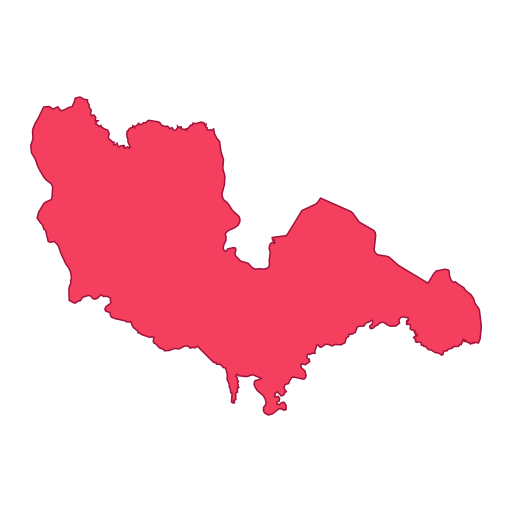 outline of Nong Muang Khai, Phrae, Thailand
{"feature_id": "78962969B85613240213831", "entity_name": "Nong Muang Khai", "entity_type": "district", "adm_level": 2, "iso_a3": "THA", "parent_name": "Thailand", "parent_adm1": "Phrae", "projection": "robinson", "projection_center": [100.171, 18.294], "detail": "fine", "context": "isolated", "style": "filled", "palette": "rose", "viewbox_px": 512, "rotation_deg": 0, "n_neighbors": 0, "source": "geoboundaries", "source_scale": "gbopen_adm2", "svg_char_len": 6051}
<svg xmlns="http://www.w3.org/2000/svg" viewBox="0 0 512 512"><path d="M69.2,300.4L74.1,303.0L75.6,303.0L78.2,301.0L80.4,300.7L82.6,297.3L88.3,295.5L90.7,295.9L92.7,298.5L95.2,299.2L97.6,298.2L100.8,294.8L103.6,296.5L107.0,296.3L110.5,298.0L110.3,300.5L110.9,302.0L110.2,303.7L106.2,306.4L105.1,308.3L105.0,309.6L105.8,311.1L110.1,312.7L110.4,315.4L111.4,317.1L115.0,318.6L125.1,320.8L126.4,321.8L131.4,322.2L131.7,324.5L133.7,327.9L137.3,330.5L138.2,333.0L139.2,332.8L141.7,334.6L149.0,337.1L154.0,337.1L153.2,341.0L153.7,342.9L155.2,343.4L159.5,347.9L163.9,349.6L164.5,350.8L169.0,350.5L174.9,348.5L178.9,349.0L184.7,346.0L188.1,346.1L190.3,348.2L192.1,347.4L195.0,347.9L197.4,346.2L213.5,362.3L216.0,362.7L216.3,364.1L219.8,364.3L222.5,366.3L223.0,367.5L225.7,368.1L227.3,374.6L227.1,379.6L229.4,384.5L229.2,386.8L230.3,389.1L230.6,392.6L231.7,393.0L232.0,394.0L231.5,402.0L233.3,403.1L234.0,403.2L234.5,402.3L233.7,401.0L235.8,399.4L235.7,393.1L237.6,391.9L237.1,388.8L238.8,387.4L237.9,386.5L238.2,385.0L237.5,382.9L238.5,381.4L237.1,379.4L237.2,377.5L235.8,376.4L236.4,375.8L236.3,374.6L237.5,374.2L238.7,375.8L247.0,376.6L252.7,374.7L261.3,378.4L259.4,379.5L255.2,380.6L254.3,382.1L254.1,384.5L255.2,387.3L257.4,390.7L263.2,395.5L265.3,399.3L266.1,402.9L265.4,405.2L263.6,407.3L263.4,410.5L264.5,412.9L268.3,415.0L272.3,414.0L278.9,408.8L281.9,409.0L283.9,410.2L286.1,409.6L286.1,405.6L285.1,403.5L283.8,402.2L281.9,402.4L279.3,404.6L277.1,404.1L277.0,402.0L279.1,401.2L279.6,398.1L278.0,396.3L275.3,397.2L274.7,396.0L275.2,395.1L274.7,393.7L277.6,391.8L281.2,395.9L283.2,395.3L284.5,393.8L284.9,392.2L286.3,391.7L284.0,388.1L284.7,385.4L285.4,384.5L288.6,383.5L289.4,381.1L291.9,377.3L294.5,377.2L303.0,379.1L304.4,378.9L305.3,378.0L306.1,375.6L304.9,370.9L301.2,367.5L300.9,364.2L302.0,363.9L305.3,364.7L309.6,361.8L309.3,359.2L307.4,358.3L306.9,356.8L307.4,354.4L308.4,354.0L309.5,354.6L312.3,353.2L315.0,353.4L314.9,350.9L316.8,345.2L318.0,345.0L319.9,347.1L321.1,347.3L325.7,344.2L328.5,344.4L331.8,346.0L335.2,344.5L341.0,344.8L345.0,342.7L346.3,337.9L348.6,336.5L349.0,334.4L352.7,333.9L355.3,332.4L357.3,327.0L359.7,326.1L363.7,326.2L366.1,322.9L370.3,321.5L371.1,320.3L372.1,320.5L372.9,321.6L372.1,323.9L369.7,326.2L369.9,327.7L370.9,328.7L373.3,328.1L374.9,326.3L377.4,325.1L380.4,322.5L384.0,322.4L386.7,324.5L390.2,326.2L395.8,326.0L399.5,323.1L398.9,319.6L400.8,317.5L402.8,316.7L405.6,317.5L407.7,317.4L408.6,319.7L408.4,320.4L407.6,320.2L407.3,321.2L406.6,321.1L406.6,324.4L407.1,324.6L407.7,323.9L410.5,324.9L410.1,328.9L411.4,329.8L413.5,330.1L414.1,331.3L415.3,331.3L414.6,332.7L416.1,335.4L416.9,334.6L416.9,335.9L415.5,336.0L413.6,337.4L414.5,338.6L415.9,339.2L415.3,340.8L416.2,342.3L420.1,341.8L421.0,342.6L421.4,345.3L423.0,345.2L423.7,346.3L425.5,346.5L428.4,349.6L431.3,350.1L435.6,352.8L437.4,352.7L439.6,353.6L441.7,355.2L443.0,354.4L443.8,350.9L446.8,351.0L448.6,349.0L452.1,348.3L452.9,347.1L454.2,346.6L458.5,346.4L460.2,344.3L461.2,344.6L463.4,339.2L464.0,339.7L464.3,341.6L465.0,341.6L465.7,340.5L467.4,342.4L469.8,343.1L470.5,344.0L471.1,343.3L472.1,343.6L472.5,342.7L474.1,343.2L474.8,342.3L478.5,343.0L480.1,338.9L481.2,328.6L481.3,325.7L479.4,310.2L478.7,308.5L474.9,303.3L473.7,298.9L471.1,294.8L465.5,290.5L463.9,287.8L457.8,283.9L455.5,281.8L453.3,282.2L451.3,280.5L449.5,276.0L449.2,271.0L448.3,270.0L445.1,269.2L436.1,271.0L433.3,274.4L428.0,283.2L398.2,265.2L389.2,257.2L387.0,256.3L377.4,254.7L375.2,252.7L374.1,250.0L375.7,235.2L375.2,232.6L374.0,230.6L359.1,222.0L352.7,213.0L350.8,211.5L320.5,198.1L317.8,202.2L315.3,204.3L302.0,210.5L287.1,234.8L285.9,235.7L272.2,237.5L272.5,240.1L273.1,240.8L274.2,240.2L273.8,241.6L275.0,242.6L274.4,243.4L272.9,242.6L271.9,242.7L270.5,243.6L269.5,245.8L269.1,248.6L270.2,252.0L269.2,260.6L269.5,265.3L268.0,267.9L263.5,269.2L260.0,268.7L255.2,269.1L252.0,267.5L248.1,263.2L240.7,261.1L235.3,255.5L235.1,253.4L235.9,249.4L235.2,247.9L233.3,247.7L227.9,248.8L225.8,251.4L224.0,250.2L223.2,248.5L223.7,245.1L226.0,240.3L226.0,236.5L225.2,234.8L225.9,232.8L228.6,230.4L234.0,228.1L238.2,225.2L239.9,221.6L239.9,219.1L239.1,216.6L232.4,210.4L229.2,205.2L226.8,202.2L223.7,199.8L222.8,198.2L221.9,194.4L224.5,184.2L224.9,176.2L222.8,168.4L223.5,159.6L221.1,152.1L219.5,141.3L216.9,138.5L214.6,133.9L213.6,128.9L211.7,130.3L210.4,129.8L207.7,130.1L207.0,129.5L207.1,127.7L206.3,127.5L205.8,126.4L206.0,124.1L204.5,125.0L204.2,123.1L201.3,122.0L195.9,123.6L193.0,123.1L192.5,124.9L190.7,125.1L188.0,128.4L186.2,128.8L186.4,130.3L184.3,129.2L182.7,129.3L181.3,128.3L181.4,127.1L180.1,126.8L179.3,127.9L177.6,126.1L177.7,127.3L176.1,129.9L174.9,130.3L173.3,129.6L172.0,127.6L169.7,128.7L167.7,126.1L165.7,126.5L162.7,125.7L161.1,124.7L159.8,122.5L158.0,121.8L148.9,120.3L147.0,121.3L145.9,122.8L143.4,122.6L142.4,124.0L140.6,124.6L138.3,123.3L138.1,124.3L136.2,125.9L134.6,126.3L134.7,127.5L132.9,125.7L132.5,127.2L129.4,128.5L128.2,130.7L127.4,130.9L126.8,132.9L127.1,137.4L128.0,139.6L127.9,141.8L130.1,146.8L129.5,148.3L127.7,146.9L125.1,148.2L123.9,147.3L124.6,146.3L123.9,145.4L120.8,145.8L119.0,146.9L117.8,145.8L117.0,143.2L115.0,145.0L113.9,145.0L113.6,144.0L114.2,142.2L112.3,142.0L111.3,140.6L109.2,139.2L108.3,137.1L109.3,133.7L107.6,130.1L104.6,129.0L101.3,126.9L101.0,125.4L98.8,126.4L97.1,124.3L95.7,123.9L95.7,122.8L98.0,120.7L95.0,120.5L95.8,117.6L94.1,115.1L91.2,115.5L90.6,112.9L91.2,110.1L89.0,106.9L89.2,105.1L87.5,102.0L87.5,99.8L83.8,99.2L80.0,97.0L75.3,98.1L74.5,101.3L72.1,106.7L68.1,107.6L66.3,108.9L61.6,110.8L60.0,109.8L57.9,106.8L53.0,109.1L49.3,106.5L43.6,107.0L37.9,118.9L35.1,123.4L32.9,128.9L32.5,131.8L33.0,138.7L30.7,145.7L31.5,152.8L35.4,159.4L37.8,166.4L40.1,170.9L44.1,177.6L45.7,179.5L51.1,183.7L52.7,186.9L51.9,198.3L51.0,199.7L45.5,202.1L43.6,203.8L38.7,212.0L37.1,218.0L40.5,222.9L42.6,224.9L43.8,229.1L45.6,230.4L48.2,241.4L50.0,242.3L54.5,241.5L58.2,245.5L61.0,253.6L65.9,264.1L68.7,267.8L70.6,272.1L71.5,278.0L70.6,280.6L70.8,283.6L69.5,285.8L68.9,289.4L69.2,300.4Z" fill="#f43f5e" stroke="#9f1239" stroke-width="1.5"/></svg>